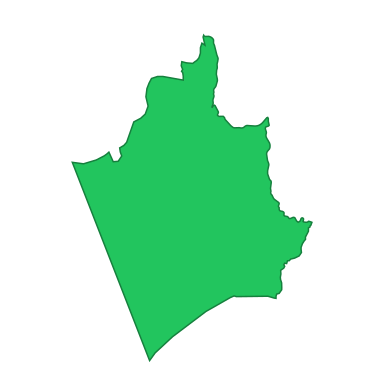 Zhambyl, Equal Earth projection, rotated 249°
{"feature_id": "KAZ-3252", "entity_name": "Zhambyl", "entity_type": "Region", "adm_level": 1, "iso_a3": "KAZ", "parent_name": "Kazakhstan", "parent_adm1": "", "projection": "equal_earth", "projection_center": [72.801, 44.147], "detail": "fine", "context": "isolated", "style": "filled", "palette": "green", "viewbox_px": 384, "rotation_deg": 249, "n_neighbors": 0, "source": "natural_earth", "source_scale": "10m", "svg_char_len": 3088}
<svg xmlns="http://www.w3.org/2000/svg" viewBox="0 0 384 384"><g transform="rotate(249 192 192)"><path d="M308.1,264.3L307.0,264.1L304.4,262.6L303.3,261.8L302.1,261.1L299.4,260.3L298.2,259.7L297.0,258.7L293.2,256.9L288.3,256.1L286.8,255.6L282.3,252.3L281.7,251.6L280.6,249.8L280.0,249.1L279.1,248.6L277.3,248.2L275.8,247.2L274.0,247.0L273.1,246.6L270.9,244.8L269.6,244.2L268.2,243.9L266.9,243.4L264.7,241.5L263.5,240.8L264.7,242.4L265.1,243.3L265.0,244.1L264.3,244.5L257.5,245.3L256.7,245.1L255.1,243.6L254.3,243.3L252.9,244.3L251.5,248.2L249.9,249.0L248.1,248.9L247.4,249.1L240.0,252.0L237.9,253.2L237.2,253.8L236.7,254.6L235.1,259.2L234.2,260.7L233.9,261.5L233.7,262.5L233.8,263.4L234.4,265.3L234.5,266.4L234.4,267.2L233.2,269.7L230.9,274.7L230.4,276.7L230.3,278.8L230.7,280.7L231.3,282.5L234.5,288.4L234.5,289.4L233.3,289.6L230.7,288.6L226.7,288.0L226.2,287.2L226.2,286.0L226.3,284.3L225.6,283.5L224.6,283.1L221.5,282.9L220.7,282.7L220.0,282.3L219.2,281.7L217.5,281.0L215.6,281.0L210.0,281.9L208.5,281.8L207.1,281.4L205.6,280.7L204.5,279.8L203.0,277.1L202.0,275.9L200.6,275.2L194.4,273.8L191.3,273.8L189.8,273.5L184.7,270.2L181.8,269.1L176.2,268.9L175.6,269.0L174.3,269.6L173.7,269.7L172.3,269.3L167.3,266.6L164.6,266.0L163.9,265.7L163.2,265.2L162.5,265.0L161.8,265.1L160.3,265.6L157.3,265.8L155.8,266.2L151.0,269.2L150.3,269.3L149.7,269.1L148.0,267.7L147.6,267.5L147.1,267.5L146.4,267.8L144.3,267.1L143.3,267.2L142.5,267.8L142.0,268.7L141.5,269.5L140.8,270.1L140.0,270.5L139.1,270.3L138.1,269.8L137.1,269.5L136.4,269.9L135.4,271.5L134.9,272.3L134.2,272.7L132.5,273.2L132.1,273.8L132.0,275.0L132.1,277.2L131.8,278.1L131.1,278.8L127.4,279.3L125.7,280.3L126.1,282.4L126.6,283.0L128.1,284.3L128.4,284.9L128.4,285.6L127.9,286.2L127.3,286.5L126.6,286.4L124.6,285.1L123.9,285.7L123.3,286.7L122.8,287.8L122.5,288.9L122.6,289.5L122.8,289.9L122.9,290.3L122.6,290.9L121.2,292.6L120.7,293.1L118.2,290.9L118.1,290.2L117.0,289.5L116.8,287.9L113.6,286.6L109.2,281.7L107.1,281.0L106.0,279.0L104.1,276.5L101.2,274.0L99.4,273.3L96.3,272.5L93.9,269.1L93.5,264.2L94.0,260.1L93.0,258.1L93.6,256.5L91.3,254.7L92.3,252.9L91.1,251.6L89.4,251.9L88.0,250.3L87.1,246.7L83.6,245.6L80.7,243.9L78.6,243.3L75.0,243.1L70.5,241.5L68.6,240.7L66.1,237.0L66.4,234.6L64.8,233.2L62.6,232.3L63.6,230.6L67.5,225.5L78.4,196.0L79.9,194.0L79.7,189.8L75.5,162.3L63.9,122.1L55.0,99.9L49.8,92.0L262.6,90.9L257.2,100.8L256.2,114.0L257.2,123.1L258.0,126.1L259.0,128.7L248.5,129.3L247.1,134.1L250.8,139.3L255.0,139.4L259.1,140.3L259.9,145.1L261.8,148.8L278.3,162.8L279.2,170.5L281.5,176.3L287.9,181.8L297.4,183.1L304.7,187.0L309.0,190.9L312.5,194.9L312.2,201.2L310.3,206.2L299.6,223.9L303.2,225.3L306.7,226.1L308.4,225.5L309.8,227.2L313.7,227.2L317.3,229.2L314.5,233.2L311.8,238.8L312.6,241.4L313.0,243.2L313.6,244.6L314.9,246.7L318.6,249.6L323.7,251.6L327.4,254.6L324.4,256.7L332.7,257.9L334.2,259.1L333.8,259.2L333.1,259.3L332.6,259.8L331.3,263.4L330.8,264.1L329.8,265.2L328.6,266.0L327.3,266.5L326.2,266.6L323.4,265.5L322.5,265.4L320.8,265.5L311.0,264.3L308.1,264.3Z" fill="#22c55e" stroke="#15803d" stroke-width="1.5"/></g></svg>